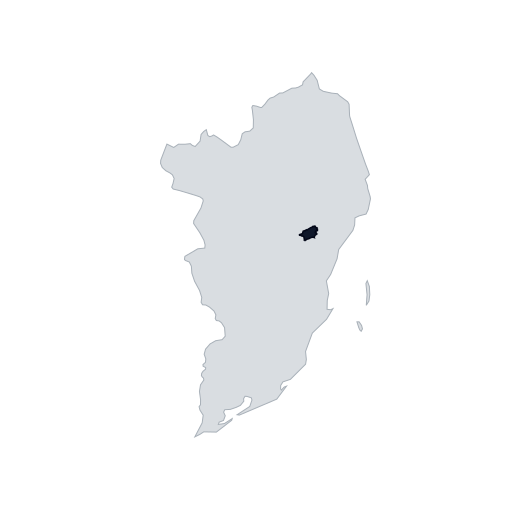 location of Jocon, Yoro, Honduras, rotated 114°
{"feature_id": "27666195B24666023972878", "entity_name": "Jocon", "entity_type": "district", "adm_level": 2, "iso_a3": "HND", "parent_name": "Honduras", "parent_adm1": "Yoro", "projection": "natural_earth1", "projection_center": [-86.974, 15.288], "detail": "fine", "context": "in_parent", "style": "filled", "palette": "ink", "viewbox_px": 512, "rotation_deg": 114, "n_neighbors": 0, "source": "geoboundaries", "source_scale": "gbopen_adm2", "svg_char_len": 5290}
<svg xmlns="http://www.w3.org/2000/svg" viewBox="0 0 512 512"><g transform="rotate(114 256 256)"><path d="M446.1,238.3L430.3,237.3L422.9,239.5L419.6,244.5L416.8,246.7L414.5,246.2L409.8,248.2L402.7,252.6L396.2,254.3L390.5,253.2L388.9,254.3L388.4,255.8L387.5,257.2L385.3,257.9L382.8,257.5L379.9,256.0L378.4,256.6L378.2,259.5L376.7,260.3L373.7,258.9L370.4,260.0L366.8,263.4L361.6,264.2L355.0,262.2L349.8,258.4L346.2,252.9L341.8,251.5L334.2,255.6L331.0,260.4L330.3,263.4L331.1,266.0L329.7,267.8L326.1,268.7L323.4,271.9L321.6,277.6L321.2,281.9L322.3,285.0L320.6,287.3L315.9,288.7L310.4,293.6L304.1,301.8L297.8,307.6L291.6,310.9L288.6,314.5L288.8,318.5L288.4,319.8L287.2,320.3L285.2,320.8L273.1,312.1L269.6,306.0L266.6,307.0L262.8,310.0L257.5,316.9L251.7,326.2L249.0,327.2L234.6,325.8L227.1,326.6L225.5,327.9L224.8,331.3L225.2,335.8L227.3,352.2L228.5,358.9L227.4,361.0L223.5,361.3L218.5,362.3L215.8,365.4L215.1,368.6L214.8,373.0L213.3,377.6L210.2,380.9L207.1,382.0L190.0,382.9L190.3,375.3L185.4,372.3L182.6,366.0L180.1,361.7L180.9,359.1L180.7,356.1L173.8,353.8L167.3,355.6L163.5,354.4L160.8,352.8L165.5,349.0L165.8,346.8L164.3,345.1L162.7,344.0L163.2,339.8L164.2,334.8L166.8,323.1L165.9,321.1L161.5,317.5L156.0,317.2L149.9,318.3L147.0,316.5L144.5,312.5L140.1,310.6L132.5,313.8L124.3,318.6L121.8,320.3L119.8,320.1L118.9,316.5L118.5,312.2L118.0,311.2L113.6,309.6L108.6,308.5L106.0,307.3L103.6,304.5L97.5,300.7L96.2,297.9L88.1,291.5L86.5,288.3L84.6,286.0L80.7,283.1L77.7,283.8L67.5,280.1L65.9,279.8L67.3,276.6L70.6,271.6L77.6,266.1L78.2,261.6L76.4,253.0L74.6,247.5L75.6,245.0L77.8,235.0L79.5,232.7L89.7,227.6L90.7,226.9L98.7,219.8L107.6,212.0L116.9,203.3L127.2,193.6L132.9,187.9L135.6,185.5L141.5,187.5L146.2,182.9L148.9,181.4L155.3,175.9L157.2,174.7L167.8,172.4L172.9,172.5L177.4,178.1L180.9,181.1L187.6,178.5L193.2,177.9L216.4,183.1L225.6,180.8L242.5,180.3L250.1,181.6L260.8,174.3L267.7,172.8L275.8,169.4L274.7,165.9L272.8,164.3L285.1,165.8L303.5,173.2L323.1,171.9L330.1,167.9L334.7,166.7L354.7,174.4L360.0,180.2L364.2,180.8L367.4,179.5L368.2,178.3L364.3,177.0L362.5,175.2L378.3,178.8L408.1,206.5L408.7,208.7L396.0,200.5L389.3,201.1L387.5,202.5L387.9,207.0L388.6,209.0L391.4,209.3L393.6,208.1L398.8,209.5L402.3,212.5L406.6,217.1L409.1,222.0L411.8,222.1L414.5,219.1L419.5,218.8L422.8,222.1L425.2,221.9L421.9,216.7L414.2,211.6L416.0,211.4L433.0,220.6L437.9,232.2L441.9,234.8L446.1,238.3ZM246.2,138.8L236.4,144.4L233.3,144.3L237.8,140.0L245.1,136.3L251.2,134.5L256.2,135.2L246.2,138.8ZM279.7,132.9L275.1,137.0L274.2,135.1L276.5,131.3L279.3,129.1L282.0,129.3L281.4,131.0L279.7,132.9Z" fill="#d9dde1" stroke="#a8b0b8" stroke-width="1"/><path d="M221.9,217.5L221.7,217.4L221.5,217.5L221.4,217.4L221.2,217.3L221.2,217.2L220.9,216.8L220.7,216.7L220.3,216.5L220.2,216.4L220.0,216.2L219.8,216.2L219.7,216.2L219.5,215.9L219.4,215.9L219.2,215.6L219.2,215.4L219.1,215.2L218.9,215.0L218.8,214.9L218.7,214.8L218.6,214.7L218.4,214.5L218.3,214.4L218.2,214.3L218.0,214.2L217.8,214.2L217.7,214.0L217.5,213.9L216.1,212.5L216.1,212.4L216.0,212.2L215.9,212.0L215.9,211.9L215.7,211.7L215.7,211.4L215.6,211.2L215.5,210.9L215.5,210.7L215.4,210.7L215.4,210.4L215.3,210.5L215.2,210.5L214.9,210.5L214.8,210.4L214.7,210.4L214.4,210.5L214.1,210.5L213.9,210.5L213.7,210.5L213.4,210.5L213.1,210.5L212.9,210.4L212.7,210.3L212.6,210.2L212.4,210.1L212.2,209.9L211.9,209.9L211.7,210.0L211.6,209.9L211.5,209.6L211.4,209.5L211.2,209.4L211.2,209.5L211.0,209.9L210.9,210.1L210.9,210.4L210.7,210.6L210.4,210.5L210.3,210.8L210.3,211.1L210.3,211.3L210.3,211.5L210.2,211.5L210.1,211.4L209.9,211.3L209.7,211.5L209.4,211.6L209.2,211.5L209.2,211.4L209.2,211.2L209.0,211.3L208.9,211.4L208.7,211.3L208.7,211.1L208.5,210.9L208.5,211.0L208.4,211.2L208.3,211.3L208.2,211.3L208.0,211.2L207.9,210.9L207.8,210.7L207.7,210.6L207.5,210.8L207.4,210.9L207.2,211.0L207.2,210.9L207.1,210.7L207.0,210.8L206.9,210.8L206.8,211.0L206.7,210.9L206.4,210.8L206.3,211.0L206.2,211.2L206.1,211.5L205.9,211.6L205.7,211.8L205.4,211.8L205.4,212.0L205.5,212.2L205.6,212.4L205.6,212.5L205.6,212.8L205.5,213.1L205.4,213.2L205.4,213.3L205.6,213.3L205.5,213.5L205.4,213.5L205.4,213.8L205.2,213.7L205.1,213.8L204.9,213.9L204.8,214.0L204.7,214.1L204.7,214.3L204.8,214.4L204.8,214.5L205.0,214.7L205.0,214.8L205.1,215.0L205.3,215.2L205.5,215.2L205.7,215.3L205.7,215.5L205.7,215.8L205.7,216.0L205.8,216.1L206.0,216.2L206.3,216.3L206.5,216.3L206.8,216.5L207.8,217.5L210.7,219.5L210.8,219.5L211.0,219.6L211.3,219.8L211.5,220.0L211.6,220.3L211.5,220.5L211.8,220.7L211.9,220.8L212.0,221.0L212.4,221.1L212.5,221.1L212.8,221.2L212.8,221.3L213.0,221.5L213.0,221.8L213.3,222.0L213.5,222.2L213.6,222.4L213.7,222.5L213.8,222.7L213.9,222.9L214.0,223.0L216.7,222.7L218.7,224.9L218.8,224.8L219.0,224.7L219.3,224.6L219.2,224.3L219.2,224.2L219.1,223.9L219.0,223.6L219.0,223.3L219.0,223.2L219.0,222.9L219.0,222.7L218.9,222.3L218.9,222.2L219.0,222.1L218.9,222.0L218.9,221.8L218.9,221.5L218.7,221.3L218.7,221.2L218.8,221.0L218.8,220.8L218.9,220.6L219.0,220.4L219.0,220.2L219.2,219.9L219.3,219.8L219.4,219.7L219.5,219.4L219.8,219.5L220.0,219.5L220.1,219.4L220.2,219.1L220.3,219.1L220.5,219.0L220.6,218.9L220.8,218.8L220.8,218.7L221.0,218.6L221.3,218.6L221.5,218.5L221.6,218.4L221.8,218.4L221.8,218.2L221.8,217.9L221.8,217.7L221.9,217.5Z" fill="#0f172a" stroke="#020617" stroke-width="1.5"/></g></svg>